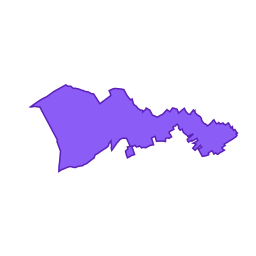 the district of Tekom, Yucatán, Mexico, rotated 50°
{"feature_id": "50627088B49357415641564", "entity_name": "Tekom", "entity_type": "district", "adm_level": 2, "iso_a3": "MEX", "parent_name": "Mexico", "parent_adm1": "Yucatán", "projection": "natural_earth1", "projection_center": [-88.348, 20.501], "detail": "fine", "context": "isolated", "style": "filled", "palette": "violet", "viewbox_px": 256, "rotation_deg": 50, "n_neighbors": 0, "source": "geoboundaries", "source_scale": "gbopen_adm2", "svg_char_len": 5692}
<svg xmlns="http://www.w3.org/2000/svg" viewBox="0 0 256 256"><g transform="rotate(50 128 128)"><path d="M202.2,47.4L200.5,47.5L197.9,47.1L197.7,48.5L197.2,48.5L196.5,48.5L195.7,48.4L195.8,48.2L195.7,48.0L194.0,47.2L194.0,49.0L190.1,48.0L188.6,47.9L188.4,50.5L188.3,51.3L186.9,51.8L186.8,52.1L185.1,52.0L184.9,53.0L184.6,53.6L184.2,54.9L182.1,54.9L182.2,56.0L181.9,56.8L181.7,57.5L178.8,57.3L177.5,57.0L176.9,56.9L176.9,57.4L176.9,57.9L176.9,58.6L177.0,58.9L177.2,59.2L177.3,59.6L177.3,59.8L177.4,60.3L177.4,60.7L177.4,61.1L177.4,61.3L177.4,61.7L177.5,62.2L177.5,62.6L177.7,63.1L177.4,65.8L177.2,65.8L176.8,65.7L176.5,65.7L176.3,65.7L175.5,65.8L175.3,65.9L175.2,66.0L174.6,66.2L174.2,66.3L173.9,66.5L173.6,66.7L173.3,66.8L173.1,66.9L171.9,67.0L171.7,67.0L171.5,66.9L171.3,66.9L170.9,66.7L170.5,66.7L170.3,66.7L170.1,66.7L169.8,66.7L169.3,66.5L169.2,66.4L168.9,66.3L168.6,66.2L168.4,66.0L168.0,65.8L167.8,65.7L167.6,65.6L165.9,65.4L165.6,65.5L165.2,65.6L164.7,65.7L164.3,65.8L164.0,65.9L163.7,66.1L163.0,66.3L162.7,66.4L162.2,66.5L161.7,66.6L161.4,66.6L160.8,66.6L160.1,66.8L159.7,66.7L159.2,66.5L158.9,66.4L158.4,66.0L158.1,65.9L157.7,65.8L157.6,65.7L157.6,65.9L157.4,66.5L156.2,66.4L156.7,68.8L157.0,70.1L157.7,71.5L157.3,71.8L157.1,72.1L156.7,72.2L156.5,72.5L156.3,72.7L156.0,72.8L155.8,72.9L155.5,72.9L155.1,73.0L154.8,73.0L154.4,73.0L154.2,73.0L152.3,73.0L149.1,72.2L149.0,74.9L149.1,79.6L147.1,78.9L144.9,78.4L141.3,80.9L142.4,85.6L139.0,86.3L139.4,89.6L139.5,90.5L139.7,91.7L139.7,92.5L139.7,93.1L139.1,95.1L139.0,96.1L138.7,97.1L138.8,97.8L138.6,98.7L137.7,99.0L136.1,99.7L133.9,101.0L128.3,99.8L124.5,101.2L124.6,101.3L124.7,101.8L125.0,102.5L125.1,102.9L125.1,103.4L125.1,103.6L125.1,103.9L125.1,104.2L125.1,104.7L125.1,105.0L125.1,105.4L125.2,106.0L125.1,105.9L124.8,105.7L124.7,105.7L124.4,105.7L124.2,105.6L123.8,105.5L123.5,105.8L123.2,106.0L122.9,106.3L122.7,106.6L122.6,106.9L122.2,107.0L121.4,107.1L121.0,107.3L120.6,107.4L119.9,107.6L119.4,107.8L119.0,107.8L118.1,107.7L117.7,107.7L117.1,107.7L116.6,107.7L116.1,107.8L115.6,108.0L114.7,108.2L114.4,108.3L114.2,108.3L113.8,108.3L113.2,108.3L112.8,108.2L112.6,108.1L111.9,107.8L111.1,107.4L110.6,107.1L110.3,107.0L109.9,106.9L109.5,106.7L109.2,106.6L108.8,106.4L108.4,106.2L108.3,107.4L108.2,107.9L106.6,107.9L105.8,108.0L105.7,108.0L103.8,107.9L102.0,107.8L96.1,106.5L95.9,106.5L93.5,108.4L91.2,110.7L90.6,111.3L89.8,112.0L89.4,112.5L88.4,114.2L87.9,115.9L87.7,116.7L87.2,118.4L89.9,119.2L92.1,120.3L91.3,134.0L89.5,133.7L79.8,132.4L78.7,133.6L77.8,134.1L74.9,135.2L72.0,137.6L71.1,138.0L70.6,138.1L69.1,139.3L68.2,139.7L66.0,141.0L65.4,141.5L64.5,142.2L63.5,143.0L62.3,144.5L61.8,144.6L61.1,144.7L59.2,145.0L57.4,147.1L55.0,147.9L52.4,161.3L51.8,169.9L50.6,174.8L49.9,179.7L49.1,189.2L49.6,188.8L51.3,185.8L54.5,182.9L54.9,182.0L78.1,186.9L91.7,189.8L92.3,190.5L92.7,191.1L102.4,194.6L111.2,203.4L112.1,204.6L116.8,208.9L117.4,205.1L118.0,203.7L118.9,200.5L119.9,197.9L120.7,196.7L122.1,195.7L123.3,195.0L124.8,193.1L125.1,191.3L127.8,186.8L127.7,185.5L128.7,182.7L128.9,175.1L129.1,174.2L129.2,173.8L129.2,173.5L129.1,173.3L128.8,172.8L128.6,172.4L128.3,171.8L128.1,171.5L127.8,171.2L127.7,170.9L127.6,170.6L127.5,170.3L127.5,170.1L127.4,169.8L127.6,169.5L127.8,169.2L127.9,168.6L127.9,168.1L128.1,167.1L128.1,166.7L128.1,166.4L128.2,165.9L128.2,165.2L128.3,164.9L128.3,164.4L128.3,163.8L128.5,163.0L128.6,162.3L128.6,161.9L128.6,161.4L128.6,161.2L128.7,160.9L128.7,160.4L128.8,159.8L128.9,159.5L129.0,158.9L129.0,158.5L129.0,158.3L129.1,157.5L129.2,157.2L129.2,156.7L129.2,156.1L129.2,155.5L129.1,154.4L128.8,154.1L128.3,153.6L128.0,153.2L127.9,152.9L127.7,152.5L127.6,152.4L127.6,152.1L127.4,151.4L127.3,151.0L127.2,150.6L127.1,150.4L127.1,150.0L127.0,149.8L126.9,149.3L127.3,149.6L127.9,150.2L128.3,150.5L128.7,150.7L129.2,151.0L129.7,151.2L130.1,151.4L130.7,151.9L131.1,152.1L131.5,152.5L131.7,152.8L131.8,153.0L132.4,153.5L132.6,153.8L132.9,154.0L133.4,154.2L133.9,154.4L134.3,154.6L134.7,154.8L132.3,145.8L131.6,141.3L132.3,138.9L132.7,138.3L133.7,137.2L134.0,136.8L134.4,136.4L134.7,136.1L135.1,135.8L143.4,138.1L142.1,140.7L144.0,141.7L144.1,144.8L147.5,146.5L148.7,146.9L150.5,147.6L151.1,144.8L151.3,143.1L152.6,140.0L144.3,136.8L145.3,135.7L145.7,133.9L148.1,133.7L148.8,132.2L149.0,130.9L151.1,130.4L152.0,130.4L152.3,129.4L153.1,128.3L154.5,127.2L154.9,125.1L155.6,122.4L155.6,122.0L156.4,120.9L157.3,119.2L155.8,118.6L154.5,117.9L150.8,116.5L151.4,113.7L151.9,112.6L154.5,113.9L156.5,114.7L158.8,111.7L160.4,109.7L162.5,108.0L160.4,106.2L160.5,105.0L160.7,104.5L161.1,103.9L161.7,103.4L162.4,103.2L162.5,101.7L162.8,100.3L161.8,100.1L160.3,99.7L158.7,99.8L157.4,99.0L158.5,93.7L156.2,93.0L156.6,91.1L157.0,89.9L156.5,89.0L156.6,87.9L158.6,88.0L159.8,88.6L160.7,89.4L163.2,89.5L163.6,87.3L164.9,87.7L167.0,88.4L168.6,88.2L170.3,87.7L171.9,87.5L173.2,87.6L173.4,84.9L174.0,83.7L174.3,82.3L174.6,82.5L174.7,83.6L174.8,90.0L176.5,90.7L177.8,90.7L177.9,89.7L178.4,87.3L179.2,87.5L180.2,81.9L180.9,82.1L181.1,82.3L181.5,82.3L181.9,82.5L182.5,82.6L181.6,87.8L182.3,87.2L183.3,86.6L184.1,86.2L184.8,89.6L185.1,91.4L188.2,91.0L188.1,89.5L188.1,88.6L188.2,87.1L187.9,84.7L187.9,83.6L188.6,83.7L189.9,83.8L189.7,87.8L191.1,88.0L194.0,88.6L197.5,89.3L197.9,88.7L198.6,87.5L199.5,85.7L199.9,84.9L200.1,84.3L200.3,83.7L200.3,83.2L198.8,82.5L199.3,78.4L200.1,78.3L200.7,78.4L201.7,78.6L202.7,78.9L203.2,79.0L203.5,76.8L204.5,76.6L205.4,76.6L205.7,76.3L205.9,75.9L206.1,72.5L206.6,71.1L206.9,68.3L205.4,68.8L203.4,68.8L203.6,66.8L203.8,64.9L202.2,64.7L203.3,57.7L203.6,56.2L203.8,53.8L204.1,51.3L204.1,50.7L204.0,50.2L203.6,49.1L201.9,48.9L202.1,48.1L202.2,47.4Z" fill="#8b5cf6" stroke="#5b21b6" stroke-width="1.5"/></g></svg>